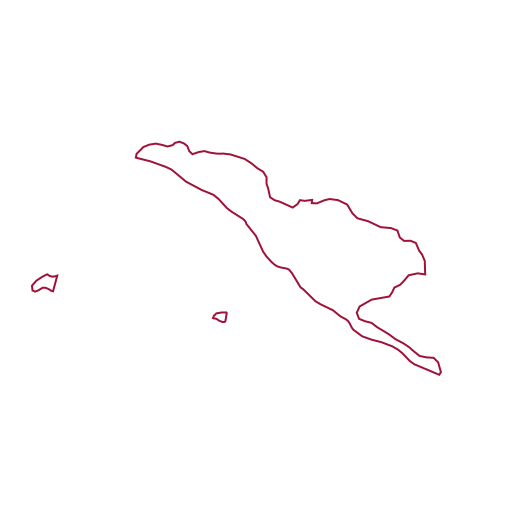 Taitung, Equal Earth projection, rotated 105°
{"feature_id": "TWN-1177", "entity_name": "Taitung", "entity_type": "County", "adm_level": 1, "iso_a3": "TWN", "parent_name": "Taiwan", "parent_adm1": "", "projection": "equal_earth", "projection_center": [121.163, 22.723], "detail": "fine", "context": "isolated", "style": "outline", "palette": "rose", "viewbox_px": 512, "rotation_deg": 105, "n_neighbors": 0, "source": "natural_earth", "source_scale": "10m", "svg_char_len": 2032}
<svg xmlns="http://www.w3.org/2000/svg" viewBox="0 0 512 512"><g transform="rotate(105 256 256)"><path d="M323.3,48.3L319.6,75.1L317.7,80.1L311.9,89.7L309.7,94.6L308.0,100.9L306.8,112.5L306.9,122.8L306.1,132.6L302.1,142.8L300.4,144.9L296.4,148.5L294.7,150.7L293.8,153.1L292.4,159.0L288.5,167.6L286.0,180.9L284.3,186.9L275.8,202.0L274.8,204.8L263.3,216.8L260.5,220.7L260.2,223.4L260.7,229.8L260.5,232.7L259.5,236.0L257.7,239.6L253.8,245.7L249.9,250.3L236.6,261.3L227.6,273.5L225.5,274.9L223.7,277.7L219.4,291.4L217.2,296.6L210.6,306.9L207.9,313.0L206.3,325.6L202.3,342.8L194.4,360.0L193.3,365.9L191.9,382.4L192.1,397.5L188.3,397.8L179.9,393.0L176.1,388.0L173.4,381.9L173.0,375.7L173.1,369.8L170.5,365.2L167.7,363.5L165.4,359.5L165.9,354.8L167.6,350.8L172.0,347.6L174.1,343.7L170.2,337.9L168.0,332.8L168.1,327.3L167.2,320.0L165.5,313.8L164.5,307.1L165.2,292.0L167.7,284.3L170.8,277.6L172.8,270.8L177.2,266.2L183.6,264.5L187.5,261.8L195.6,257.6L197.3,252.5L197.4,247.2L199.7,233.1L195.1,229.3L190.7,228.0L190.1,223.1L187.3,216.3L190.5,215.8L189.4,210.8L184.4,204.3L181.9,199.6L180.8,191.3L182.7,181.3L189.8,173.9L193.3,167.9L193.4,156.5L195.9,143.1L194.1,133.0L194.8,126.0L200.9,121.9L203.1,116.9L201.3,110.8L202.0,105.0L208.5,99.9L211.7,95.9L217.1,91.7L230.0,87.8L230.9,95.3L235.1,103.6L241.5,106.5L246.6,109.4L250.7,114.2L255.9,115.1L260.6,116.7L268.2,133.0L277.9,142.8L284.7,144.0L290.0,140.2L290.8,133.9L290.7,127.1L293.3,120.9L297.2,107.4L300.3,99.6L302.2,91.1L304.5,84.3L307.2,79.0L310.2,72.1L309.8,65.1L308.4,58.1L311.5,52.6L320.4,47.3L323.3,48.3ZM341.9,453.9L345.8,457.6L347.5,460.1L347.2,462.9L342.7,464.7L336.6,461.7L331.0,456.7L327.7,452.9L328.7,450.1L328.7,447.5L327.8,445.1L326.4,442.9L342.6,442.9L342.6,444.8L342.2,445.9L341.5,448.4L341.2,451.3L341.9,453.9ZM319.4,274.4L318.2,270.1L318.7,269.5L327.0,268.7L327.9,269.4L328.5,271.4L327.9,275.4L327.2,277.1L326.9,278.8L327.2,280.4L327.1,281.5L326.5,281.3L325.0,281.3L324.3,281.1L323.9,280.6L321.7,279.5L319.4,274.4Z" fill="none" stroke="#9f1239" stroke-width="2"/></g></svg>